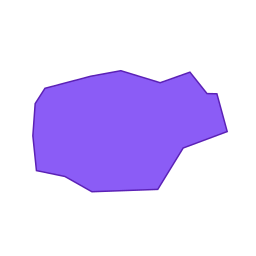 map outline of Gyôr (orthographic projection), rotated 197°
{"feature_id": "HUN-4905", "entity_name": "Gyôr", "entity_type": "Urban county", "adm_level": 1, "iso_a3": "HUN", "parent_name": "Hungary", "parent_adm1": "", "projection": "orthographic", "projection_center": [17.664, 47.662], "detail": "fine", "context": "isolated", "style": "filled", "palette": "violet", "viewbox_px": 256, "rotation_deg": 197, "n_neighbors": 0, "source": "natural_earth", "source_scale": "10m", "svg_char_len": 351}
<svg xmlns="http://www.w3.org/2000/svg" viewBox="0 0 256 256"><g transform="rotate(197 128 128)"><path d="M143.9,56.5L174.2,63.2L203.1,60.5L216.7,92.7L223.9,124.2L219.0,141.7L178.8,166.6L151.6,180.7L110.5,180.7L85.1,199.5L62.5,184.0L53.0,186.7L32.1,153.6L69.4,125.0L81.6,78.0L143.9,56.5Z" fill="#8b5cf6" stroke="#5b21b6" stroke-width="1.5"/></g></svg>